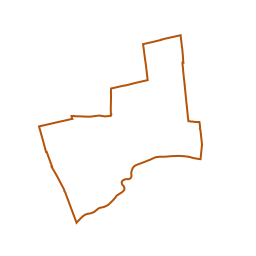 Gropeni, Braila, Romania, rotated 59°
{"feature_id": "2599482B39333936770759", "entity_name": "Gropeni", "entity_type": "district", "adm_level": 2, "iso_a3": "ROU", "parent_name": "Romania", "parent_adm1": "Braila", "projection": "equal_earth", "projection_center": [27.896, 45.061], "detail": "fine", "context": "isolated", "style": "outline", "palette": "amber", "viewbox_px": 256, "rotation_deg": 59, "n_neighbors": 0, "source": "geoboundaries", "source_scale": "gbopen_adm2", "svg_char_len": 5223}
<svg xmlns="http://www.w3.org/2000/svg" viewBox="0 0 256 256"><g transform="rotate(59 128 128)"><path d="M80.8,203.4L80.9,203.5L81.0,203.5L82.2,203.8L82.3,203.9L84.8,204.5L87.4,205.3L87.5,205.3L90.0,206.0L92.6,206.7L93.7,207.0L93.8,207.0L106.4,210.6L106.6,210.0L122.1,213.0L122.0,213.5L123.0,213.5L131.0,213.6L131.5,213.5L131.9,213.6L144.7,214.3L147.9,214.5L148.1,214.5L148.4,214.6L149.0,215.0L150.2,215.0L150.3,215.0L151.6,215.0L152.5,215.3L182.7,220.9L182.4,220.1L182.2,219.2L182.1,218.6L181.9,218.2L181.9,217.9L181.8,217.7L181.7,217.4L181.6,217.1L181.6,216.7L181.4,216.1L181.2,215.7L181.1,215.2L181.0,214.7L180.9,214.3L180.8,214.1L180.8,213.8L180.6,213.2L180.6,212.9L180.5,212.6L180.4,212.3L180.4,212.0L180.4,211.7L180.3,211.3L180.3,210.9L180.3,210.6L180.3,210.3L180.3,210.1L180.3,209.8L180.3,209.7L180.3,209.3L180.3,209.0L180.4,208.7L180.5,208.3L180.5,207.9L180.7,207.3L180.8,206.9L180.8,206.6L180.9,206.3L181.1,206.0L181.3,205.5L181.3,205.4L181.5,205.2L181.7,204.5L181.9,204.1L182.0,203.6L182.0,203.3L182.1,203.1L182.2,202.5L182.2,202.3L182.2,202.1L182.3,202.0L182.3,201.8L182.4,201.5L182.4,201.4L182.4,201.1L182.4,200.7L182.5,200.3L182.5,199.7L182.5,199.3L182.3,198.9L182.3,198.7L182.2,198.6L182.2,198.4L182.2,198.1L182.2,197.9L182.2,197.6L182.1,197.4L182.1,197.2L182.0,196.8L182.0,196.3L181.8,195.7L181.8,195.2L181.8,194.8L181.8,194.5L181.8,194.3L181.8,194.2L181.8,193.7L181.9,193.4L181.9,193.2L182.1,192.9L182.2,192.7L182.3,192.2L182.4,191.8L182.5,191.5L182.7,191.2L182.8,190.8L182.8,190.7L183.0,190.2L183.1,189.8L183.2,189.7L183.3,189.3L183.3,189.1L183.4,188.7L183.4,188.4L183.5,188.3L183.5,187.9L183.5,187.5L183.5,187.3L183.5,187.1L183.5,186.9L183.6,186.7L183.6,186.3L183.6,186.0L183.7,185.7L183.7,185.1L183.7,184.7L183.7,184.2L183.6,183.7L183.4,183.2L183.3,182.7L183.2,181.9L183.0,181.3L182.9,180.8L182.7,180.0L182.6,179.7L182.4,178.8L182.2,178.2L182.0,177.4L181.8,177.0L181.6,176.3L181.4,175.7L181.3,175.2L181.2,174.9L181.1,174.6L180.9,174.2L180.7,173.7L180.5,173.4L180.3,173.0L180.2,172.7L180.2,172.3L180.1,171.6L180.1,170.9L180.0,170.3L180.1,169.7L180.1,168.9L180.0,168.3L180.0,167.3L180.0,166.8L180.0,166.3L179.9,165.7L179.7,165.1L179.6,164.5L179.5,164.0L179.3,163.5L179.2,163.2L179.0,162.9L178.9,162.8L178.7,162.7L178.4,162.5L178.1,162.3L177.8,162.1L177.0,161.8L175.9,161.7L174.9,161.8L173.9,162.0L172.9,162.0L171.5,161.5L171.1,161.2L170.8,160.7L170.5,160.3L170.4,159.9L170.3,159.4L170.3,158.9L170.3,158.4L170.3,158.0L170.4,157.7L170.5,157.2L170.6,156.6L170.8,156.1L171.0,155.6L171.3,155.2L171.6,154.7L171.9,154.3L172.1,154.0L172.3,153.5L172.4,152.9L172.4,152.7L172.4,152.4L172.3,151.9L172.2,151.4L172.0,150.9L171.9,150.7L171.6,150.3L171.4,150.2L171.2,150.0L170.9,149.8L170.5,149.6L170.3,149.4L169.9,149.2L169.5,149.0L168.9,148.8L168.6,148.6L168.1,148.3L167.9,148.1L167.7,147.9L167.3,147.6L167.0,147.3L166.5,146.8L166.1,146.4L165.8,145.9L165.5,145.5L165.1,145.1L164.7,144.4L164.6,144.1L164.4,143.7L164.3,143.4L164.2,143.2L164.1,142.7L164.1,142.4L164.0,142.2L164.0,141.7L164.0,141.3L164.0,140.8L164.0,140.3L164.0,139.9L164.1,139.5L164.3,138.3L164.5,137.2L164.9,135.1L165.4,132.3L165.8,130.0L166.0,128.6L166.2,127.5L166.4,126.6L166.7,124.3L166.8,122.7L166.9,122.2L167.0,121.8L167.0,121.6L167.2,120.4L167.4,119.2L167.6,118.4L168.0,117.8L168.4,117.2L168.5,116.9L168.8,116.0L169.0,115.4L169.2,115.2L170.0,113.8L170.4,113.1L170.7,112.9L171.3,111.8L171.4,111.5L172.0,110.3L172.8,108.9L173.1,108.1L173.6,107.2L173.7,106.9L174.6,105.2L175.7,103.0L176.3,102.1L176.6,101.6L177.7,99.5L179.2,97.1L181.2,94.3L183.5,91.3L184.8,89.9L186.2,88.6L186.6,88.3L187.5,87.3L188.3,86.4L189.3,85.3L190.3,84.1L191.1,83.2L192.1,81.9L180.2,73.0L178.4,72.2L176.6,71.4L172.3,69.4L168.9,67.8L166.6,66.8L166.2,66.9L165.7,66.8L165.4,66.5L164.8,66.0L162.3,64.8L161.1,64.3L159.6,63.7L159.2,64.4L158.1,66.3L157.1,67.7L156.4,68.6L155.5,69.6L155.2,70.3L154.8,70.8L154.0,71.7L153.5,72.4L153.3,72.7L152.9,72.5L152.5,72.3L150.8,71.6L150.1,71.3L149.3,70.9L148.3,70.5L147.3,70.0L146.3,69.5L144.5,68.7L140.2,66.6L138.8,66.0L134.9,64.2L128.8,61.3L121.8,58.0L121.6,57.9L120.3,57.3L120.3,57.2L117.6,56.0L116.1,55.3L114.9,54.8L111.7,53.3L110.0,52.5L108.3,51.7L105.8,50.5L105.2,50.2L103.6,49.4L102.4,48.9L101.2,48.3L100.6,48.0L100.0,47.6L100.5,46.9L100.2,46.8L97.3,45.3L94.2,43.7L88.5,40.9L85.2,39.5L82.6,38.3L78.3,36.4L75.6,35.1L75.3,36.0L74.5,38.4L71.1,48.6L70.2,51.3L70.0,52.0L69.8,52.7L69.4,53.7L69.7,53.8L68.3,58.3L67.6,60.5L67.2,61.8L63.9,71.9L75.4,76.9L78.4,78.2L82.7,80.0L88.7,82.7L97.1,86.5L93.9,96.2L92.1,102.0L91.1,105.6L89.9,109.1L89.8,109.4L89.6,109.5L87.9,114.6L86.7,118.3L86.7,118.5L85.9,120.8L85.4,122.1L87.4,123.5L89.4,124.7L90.6,125.4L91.1,125.6L96.5,129.0L97.8,129.8L101.4,132.1L103.4,133.3L107.6,135.7L107.8,135.4L108.2,135.7L108.4,136.0L108.7,136.5L106.4,141.4L106.2,141.7L104.3,144.1L103.9,144.6L102.7,145.9L101.6,148.3L101.2,149.1L100.8,150.1L100.5,150.7L100.4,150.9L99.7,152.7L99.4,153.3L99.3,153.6L99.2,153.7L99.0,154.1L98.8,154.6L98.2,155.5L97.5,156.8L97.0,157.5L96.3,158.7L95.1,160.4L94.0,162.1L93.4,162.9L91.4,166.2L90.4,167.8L89.9,168.0L89.4,169.0L88.7,170.3L89.6,170.6L90.8,170.9L91.3,171.0L91.5,171.0L90.5,174.0L90.2,174.9L88.9,178.9L87.5,183.0L82.3,198.9L80.8,203.4Z" fill="none" stroke="#b45309" stroke-width="2"/></g></svg>